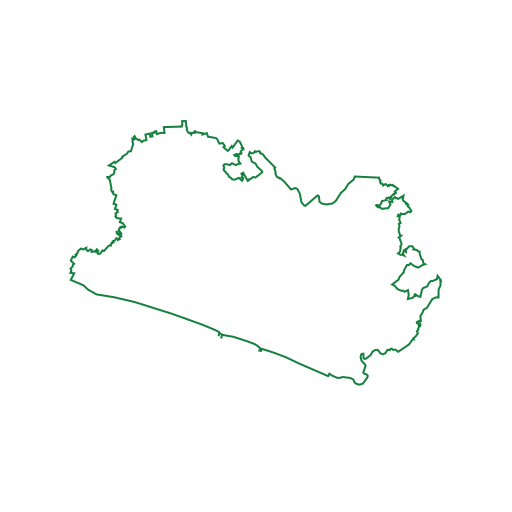 Tuxpan, Veracruz, Mexico, rotated 135°
{"feature_id": "50627088B36827584115772", "entity_name": "Tuxpan", "entity_type": "district", "adm_level": 2, "iso_a3": "MEX", "parent_name": "Mexico", "parent_adm1": "Veracruz", "projection": "albers", "projection_center": [-97.453, 20.934], "detail": "fine", "context": "isolated", "style": "outline", "palette": "green", "viewbox_px": 512, "rotation_deg": 135, "n_neighbors": 0, "source": "geoboundaries", "source_scale": "gbopen_adm2", "svg_char_len": 6119}
<svg xmlns="http://www.w3.org/2000/svg" viewBox="0 0 512 512"><g transform="rotate(135 256 256)"><path d="M403.9,370.1L398.8,357.5L398.5,350.8L395.9,341.6L385.5,327.2L374.5,309.5L356.4,274.8L342.5,245.4L336.8,231.5L335.9,228.1L339.1,225.7L336.4,227.6L335.5,224.5L339.0,222.4L335.7,224.2L335.4,223.8L329.1,214.8L322.8,202.5L319.3,194.8L318.4,191.3L318.3,187.7L320.5,186.7L319.6,185.4L317.5,186.2L311.6,174.7L306.5,163.4L301.2,148.5L289.9,120.0L287.3,120.9L286.7,117.4L284.6,112.2L282.0,109.9L280.4,109.3L275.6,103.1L274.5,99.8L275.7,96.8L275.5,94.8L273.8,91.8L270.7,90.2L263.5,91.3L261.8,92.1L261.4,93.5L262.8,96.7L262.5,97.8L256.2,100.8L255.6,102.3L255.5,107.2L253.3,110.8L250.8,112.1L249.1,111.0L252.2,107.7L251.9,106.3L250.9,105.7L245.3,104.9L240.5,106.0L237.6,104.9L236.3,103.5L236.8,99.0L235.7,96.7L233.2,95.8L229.4,96.7L227.9,94.9L226.5,95.2L225.5,94.5L225.7,93.1L223.5,91.0L223.2,87.7L210.3,85.3L204.1,86.3L203.4,85.5L203.1,86.5L199.5,86.3L196.1,86.9L195.4,89.1L193.4,89.1L192.7,90.0L190.5,90.7L190.0,91.9L188.9,91.9L188.9,90.8L188.1,91.3L188.0,92.7L189.2,93.5L189.7,94.8L189.1,95.5L186.1,94.6L186.3,93.6L185.5,93.3L182.3,97.3L177.7,98.4L175.6,99.5L171.8,98.5L161.7,100.9L157.7,99.3L156.3,97.6L150.6,103.2L146.3,104.7L144.4,106.9L143.1,107.1L143.0,108.5L142.3,108.6L141.6,113.6L144.4,111.7L148.6,113.3L150.0,114.6L152.3,114.8L156.3,113.4L160.7,115.2L162.8,114.6L168.7,110.9L169.9,113.2L170.5,116.5L171.1,116.6L171.8,115.2L173.0,115.9L174.4,115.5L179.1,118.2L175.6,120.4L172.7,124.4L176.2,125.6L176.4,127.5L177.7,128.3L179.3,132.5L179.0,137.0L179.9,139.6L171.9,138.5L169.2,139.7L163.0,140.0L161.8,141.1L155.6,142.9L154.2,141.5L151.9,141.6L151.4,137.5L149.6,133.1L145.0,132.0L142.3,130.7L142.7,131.7L142.3,133.5L140.8,135.4L141.2,136.8L138.7,141.8L137.2,143.3L138.2,145.0L137.9,146.2L139.9,149.3L139.0,149.3L138.6,152.5L141.0,154.6L144.3,154.4L145.0,155.0L145.8,155.0L145.8,154.3L147.2,152.8L147.7,155.3L150.6,153.8L151.0,151.8L151.6,153.4L153.0,154.6L153.8,157.4L151.0,157.3L147.7,159.7L147.2,160.8L146.1,160.7L144.4,161.8L141.8,167.4L142.0,168.1L138.9,167.7L139.4,168.9L137.7,172.4L135.8,174.3L133.7,175.4L132.2,177.7L130.4,177.1L129.2,180.3L126.7,182.0L126.3,182.6L127.6,183.9L126.0,184.6L124.9,182.8L123.5,183.5L123.0,182.3L120.7,180.3L117.0,179.8L116.0,177.9L114.3,178.0L113.3,182.2L113.6,184.0L112.9,184.9L112.2,184.7L112.1,186.4L113.0,187.0L112.3,187.6L112.8,190.9L111.8,193.0L110.4,193.2L110.3,194.0L109.3,194.4L115.2,195.9L115.5,197.5L116.2,197.9L116.2,199.5L120.1,199.4L121.4,197.8L123.4,200.3L124.5,197.3L128.7,196.4L133.7,200.4L133.7,202.4L134.9,203.6L135.4,205.3L135.2,206.9L134.4,206.6L133.2,204.4L130.4,204.6L128.3,205.8L123.9,203.3L123.0,204.7L120.8,203.5L121.1,201.5L119.2,201.7L119.4,202.5L114.6,202.5L114.7,201.9L112.4,201.7L112.1,203.5L108.1,203.0L108.9,208.4L109.4,208.4L109.3,209.9L110.3,210.2L110.6,211.6L111.7,212.3L112.5,211.6L113.4,212.1L113.5,215.3L116.3,216.0L115.5,217.9L116.5,218.8L116.0,220.8L114.5,221.3L114.5,223.4L113.6,224.4L129.9,242.3L133.0,241.0L140.0,241.7L145.8,240.2L151.3,240.6L160.2,238.6L163.1,238.7L165.0,239.2L170.1,243.0L172.5,246.9L172.7,249.5L169.3,253.8L169.6,255.3L185.6,256.5L186.2,258.1L185.9,261.7L180.8,269.4L179.4,274.3L180.1,276.2L184.2,278.3L183.4,288.9L183.9,294.4L184.5,294.3L185.2,297.4L184.2,300.2L182.6,301.8L181.0,305.0L179.9,305.0L179.9,319.4L179.3,322.2L179.5,324.3L180.4,325.6L179.4,327.2L180.3,328.6L182.7,329.8L182.7,330.8L184.8,330.6L186.8,331.8L187.0,333.9L190.2,332.3L189.9,329.9L192.2,325.7L191.0,321.7L192.0,318.0L191.7,312.0L192.2,310.9L193.5,310.9L200.9,311.9L202.2,313.9L205.4,314.4L206.8,315.2L207.2,314.6L208.7,314.9L206.2,324.1L208.2,324.4L208.5,322.5L210.7,321.8L209.9,320.3L210.4,319.6L212.6,319.1L212.9,323.5L217.1,325.0L218.7,327.2L218.4,328.9L219.1,331.0L218.4,332.7L218.1,338.9L217.7,340.3L216.1,340.7L215.0,343.1L213.3,343.1L211.4,341.1L210.2,338.8L207.4,338.6L205.9,334.4L203.6,333.8L201.7,332.4L201.3,335.1L200.1,336.9L197.6,338.6L200.1,341.8L200.0,342.8L197.7,341.9L197.5,341.5L198.1,341.6L197.0,340.5L194.8,339.6L194.3,338.7L193.5,339.1L193.7,340.1L192.7,340.9L189.2,340.4L188.7,341.4L189.7,342.5L188.3,343.4L186.7,348.1L187.2,350.6L195.8,349.2L195.4,350.9L201.3,350.1L201.8,350.8L202.0,355.9L200.2,355.9L199.7,359.4L202.5,361.5L200.8,366.0L201.0,367.9L205.6,374.3L203.9,377.7L208.0,379.7L206.9,380.6L210.8,385.9L210.8,387.0L211.7,386.5L211.8,387.5L213.0,387.1L214.5,388.5L215.9,387.6L215.7,390.1L216.7,390.9L215.8,394.2L214.2,395.4L213.8,396.8L210.2,401.1L212.9,403.6L215.8,400.4L216.9,400.8L217.2,400.2L230.0,412.3L233.7,407.7L236.1,410.3L240.0,412.4L238.3,414.8L239.5,415.6L240.4,415.8L240.8,415.2L242.6,416.5L244.6,413.8L246.4,415.0L244.5,417.7L248.3,420.0L251.6,415.4L254.0,417.1L256.2,417.3L256.1,420.7L257.3,421.2L257.8,424.5L257.1,426.6L258.3,426.7L258.2,425.9L259.3,424.6L260.6,426.3L261.2,424.6L262.3,424.5L263.7,422.0L270.4,418.5L272.3,420.1L275.2,419.6L279.5,420.6L280.7,420.7L281.0,420.0L289.7,421.2L289.5,422.7L296.0,424.0L293.2,418.8L293.5,416.6L295.7,416.8L297.2,415.1L299.0,414.6L301.9,415.6L303.4,415.2L305.3,417.0L305.7,416.4L305.4,413.4L310.1,406.5L311.9,404.8L312.4,402.7L311.6,402.5L313.1,400.6L311.8,397.7L319.8,393.7L318.5,391.0L322.5,389.0L321.2,386.4L323.2,385.4L323.0,384.9L325.4,385.4L326.8,383.0L327.5,383.1L327.6,381.1L324.9,377.9L328.4,376.1L327.0,373.5L327.7,369.3L329.0,369.3L330.3,371.8L331.1,371.4L331.8,371.7L331.8,372.3L334.1,371.9L335.0,369.8L337.4,371.7L338.4,370.5L338.2,367.8L335.6,369.1L336.0,368.2L335.2,367.6L335.4,366.9L336.8,367.2L337.2,365.2L341.2,365.5L340.9,364.5L342.3,365.0L341.7,365.6L342.2,367.3L345.0,366.8L346.7,367.6L347.0,366.5L348.5,366.7L348.9,367.4L351.2,366.0L352.1,367.1L353.8,367.4L360.0,367.0L360.5,368.5L364.4,367.9L366.2,369.0L365.9,370.5L363.9,371.1L363.8,373.3L364.9,373.1L364.9,371.7L365.5,371.2L366.8,372.8L366.6,373.4L369.4,375.1L367.9,376.5L368.5,377.8L371.4,378.2L371.4,380.9L370.2,381.8L373.7,383.0L374.4,385.0L378.4,385.3L380.1,384.3L382.6,384.5L382.4,383.5L385.2,383.3L386.0,385.2L390.3,383.6L390.1,379.1L391.7,379.3L393.3,378.2L396.0,378.3L396.7,376.4L399.2,375.3L396.8,372.3L403.9,370.1Z" fill="none" stroke="#15803d" stroke-width="2"/></g></svg>